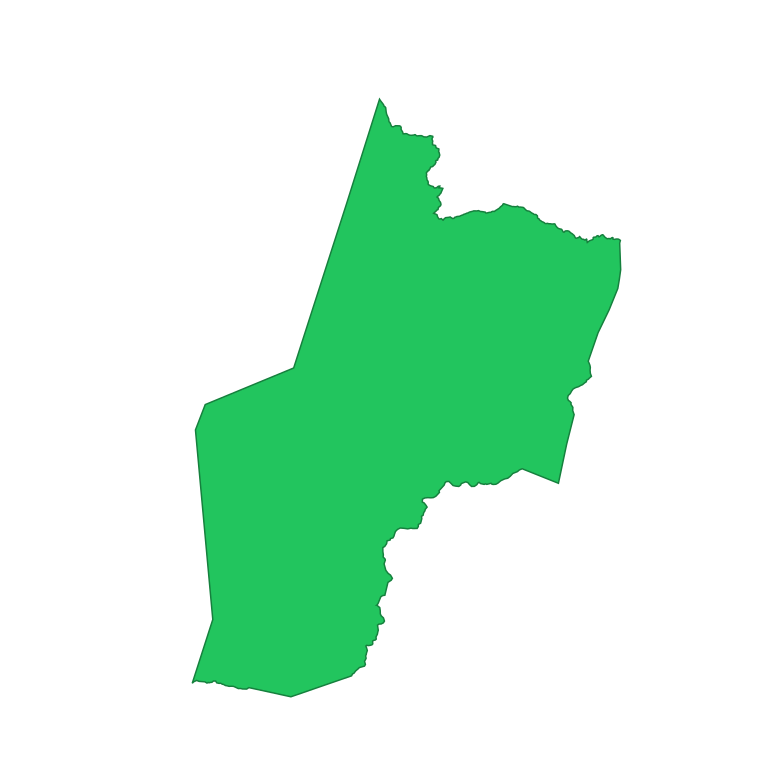 the district of Menyamya District, Morobe, Papua New Guinea, rotated 74°
{"feature_id": "67681753B12937966801252", "entity_name": "Menyamya District", "entity_type": "district", "adm_level": 2, "iso_a3": "PNG", "parent_name": "Papua New Guinea", "parent_adm1": "Morobe", "projection": "orthographic", "projection_center": [146.094, -7.257], "detail": "fine", "context": "isolated", "style": "filled", "palette": "green", "viewbox_px": 768, "rotation_deg": 74, "n_neighbors": 0, "source": "geoboundaries", "source_scale": "gbopen_adm2", "svg_char_len": 6170}
<svg xmlns="http://www.w3.org/2000/svg" viewBox="0 0 768 768"><g transform="rotate(74 384 384)"><path d="M492.0,224.9L465.9,209.7L461.5,209.9L458.5,208.9L455.0,209.9L453.6,209.3L452.0,210.1L450.5,211.3L448.2,211.5L445.8,210.1L444.6,207.7L442.3,205.4L440.9,203.5L440.3,200.9L440.2,197.6L439.6,195.3L439.4,193.4L438.2,190.8L437.6,188.9L436.2,188.3L435.6,185.9L435.3,185.7L433.8,182.5L430.7,182.7L427.5,182.1L425.0,181.1L422.8,180.9L420.5,181.1L418.4,181.4L393.6,164.0L374.7,147.1L356.6,132.9L348.2,128.9L339.4,125.0L313.5,118.6L311.1,117.2L309.5,118.5L308.9,119.8L308.6,120.9L308.6,122.3L308.1,123.6L307.8,124.0L307.1,123.9L306.7,123.6L306.2,124.0L306.2,124.6L306.8,126.5L306.2,127.5L306.0,128.3L305.9,129.5L303.5,131.3L301.5,132.1L300.9,132.5L300.7,133.0L300.9,134.4L301.4,135.3L301.7,136.2L301.7,136.9L300.4,137.4L300.3,138.0L300.4,138.7L301.1,139.8L301.0,140.6L300.7,142.0L301.0,142.6L302.1,142.9L302.6,143.3L302.8,144.4L302.9,146.5L303.2,147.7L304.0,149.6L303.5,149.6L302.9,149.4L301.7,149.6L300.9,149.2L300.5,149.5L301.1,151.1L300.7,151.7L300.1,152.0L299.8,152.5L299.6,153.3L299.3,153.7L297.3,154.9L296.7,155.0L296.2,155.3L296.8,156.4L296.9,157.4L296.8,158.2L296.9,158.8L296.7,159.4L296.1,159.8L293.8,160.2L293.1,160.6L292.2,161.2L291.4,161.7L290.2,162.8L288.7,163.7L288.0,164.2L287.3,165.4L286.9,167.3L287.0,168.0L287.5,168.5L287.7,169.2L287.1,169.9L284.9,170.4L284.2,170.7L283.6,171.8L282.9,173.0L281.8,174.1L279.9,175.0L278.7,175.4L277.5,175.5L277.0,176.1L276.6,178.3L275.8,180.0L275.5,181.0L275.2,181.8L274.7,182.3L274.4,184.3L274.0,185.0L273.1,185.5L272.1,186.5L271.5,187.4L270.1,188.4L269.4,189.1L269.0,189.3L267.9,189.5L267.2,190.4L266.8,190.6L264.6,190.2L263.0,191.2L262.3,193.1L261.2,193.8L260.3,194.9L258.1,196.5L257.7,197.1L257.1,198.4L256.7,199.0L255.7,199.7L252.9,201.2L252.4,202.0L251.8,203.5L251.4,204.4L251.2,205.5L250.5,206.1L249.9,206.6L250.0,207.9L249.8,208.8L249.7,209.4L249.2,210.2L249.0,211.3L248.6,212.1L243.7,219.2L243.9,220.1L244.8,220.7L245.9,223.4L246.7,224.5L247.8,228.1L248.0,229.2L248.6,230.2L248.0,231.7L248.0,232.9L248.4,234.0L248.0,235.5L248.0,237.3L247.8,238.8L247.3,239.2L246.7,239.3L245.3,242.2L244.8,243.7L243.4,245.3L243.2,247.2L242.3,250.0L242.4,250.9L242.3,254.7L242.7,255.8L242.6,257.3L242.9,258.9L242.9,260.7L243.3,261.9L243.2,263.0L243.6,265.1L243.1,267.7L243.3,269.1L243.2,269.9L243.9,270.8L243.9,271.5L244.0,272.2L242.5,273.7L241.7,274.3L241.6,276.0L241.1,278.8L241.2,279.3L242.0,281.0L242.7,281.7L242.8,282.1L242.0,282.6L240.8,283.3L240.8,284.7L240.6,285.4L240.3,285.8L238.1,286.4L235.8,286.4L233.6,289.2L231.7,285.5L231.3,285.1L231.2,284.0L229.2,283.0L228.7,281.5L228.1,280.4L227.0,279.7L224.9,279.6L222.9,280.4L221.0,280.4L220.0,280.7L219.0,281.5L218.4,281.0L218.1,279.7L217.5,278.5L216.8,277.8L216.4,276.9L212.2,273.5L211.7,274.3L211.0,276.1L210.6,277.1L209.9,276.2L209.1,275.8L208.9,277.3L209.5,278.7L209.8,279.5L209.6,281.2L209.2,281.8L207.8,282.2L206.5,284.3L205.5,285.5L204.5,286.3L203.9,286.5L202.7,286.0L201.3,285.8L199.6,286.4L198.5,286.2L197.6,286.0L195.9,286.1L195.1,285.5L194.5,285.3L192.7,285.1L191.9,284.1L191.9,283.6L191.3,283.2L191.1,281.9L190.4,281.6L189.9,280.6L188.8,279.8L188.3,279.3L188.4,278.0L188.3,277.1L187.5,275.8L187.0,274.6L185.1,272.9L183.9,272.9L183.4,272.0L183.6,270.8L183.3,270.5L182.1,270.0L181.2,268.5L179.3,267.3L176.4,267.2L175.9,267.5L174.8,267.1L174.2,266.7L173.1,266.5L171.5,268.7L170.4,268.8L169.0,268.7L168.5,269.4L167.9,270.7L167.3,271.3L166.7,271.3L166.0,270.9L165.2,270.9L164.0,270.2L162.3,270.4L161.0,270.0L160.1,268.9L159.3,268.9L157.9,271.4L158.3,274.2L158.3,275.5L157.8,276.3L157.5,277.5L156.7,278.3L156.0,279.0L155.5,279.8L155.0,281.9L154.7,283.7L154.0,284.6L153.0,285.2L152.8,285.8L152.9,286.8L152.5,289.1L151.9,290.7L150.7,292.2L149.7,293.1L149.2,294.5L149.1,295.7L148.7,296.7L147.0,296.6L143.9,297.4L142.2,296.8L140.9,297.0L140.1,298.0L138.9,301.7L139.3,304.1L138.9,305.3L138.1,305.8L134.5,306.2L133.2,306.9L130.3,306.4L125.4,307.1L122.9,306.9L118.9,306.2L117.6,306.7L117.1,307.3L115.2,307.5L110.9,309.2L109.0,309.8L201.0,370.7L343.7,466.4L354.5,561.5L376.2,577.9L563.2,613.5L618.8,650.8L617.8,649.0L617.3,645.8L618.9,643.7L620.9,638.3L622.7,636.6L622.4,635.3L623.0,634.6L623.0,633.4L623.3,631.6L622.5,629.9L623.1,627.7L625.1,627.2L626.3,625.1L626.6,623.5L628.0,622.2L628.6,621.0L630.1,619.6L630.8,618.1L631.9,616.3L632.4,614.2L633.1,612.1L634.4,610.5L636.6,608.0L637.2,605.7L638.2,604.0L639.4,600.0L638.6,597.6L659.0,559.7L655.6,495.6L654.0,494.2L653.8,492.7L652.0,490.3L650.6,487.2L649.8,485.9L649.8,480.5L648.5,479.2L645.1,479.1L643.9,477.8L642.7,476.8L640.3,476.6L639.1,475.6L637.8,475.0L635.6,473.5L632.9,473.5L630.9,473.7L630.4,472.6L631.1,471.3L631.4,469.4L631.4,467.5L630.7,466.4L628.5,466.0L627.7,465.3L627.6,464.3L627.7,462.9L627.1,461.8L624.9,461.4L622.8,459.4L620.6,458.3L619.2,457.4L614.0,456.7L613.4,455.0L613.9,452.9L613.4,450.4L612.0,448.9L608.7,449.0L606.0,450.6L604.0,450.9L600.8,450.1L597.8,449.7L594.7,451.8L594.6,452.0L594.4,451.4L593.0,449.9L587.7,445.8L587.0,443.6L587.3,441.4L575.8,434.9L574.6,431.1L573.1,429.5L569.5,430.4L567.2,432.2L563.6,433.6L556.9,433.5L553.7,431.3L552.6,431.2L550.0,432.5L548.1,431.7L544.8,431.3L540.9,430.2L540.4,428.1L538.2,425.5L535.5,424.2L535.7,422.4L535.6,421.0L534.4,420.4L534.4,417.8L532.9,416.3L531.7,415.6L529.0,413.7L527.5,411.1L526.9,408.1L528.3,404.4L529.8,401.1L530.0,397.8L530.8,396.3L532.0,392.0L530.5,390.3L528.5,389.7L527.9,387.2L526.3,386.2L523.9,384.8L521.5,384.4L521.0,382.6L518.6,381.3L517.3,379.7L515.9,378.9L514.2,376.5L511.8,377.2L509.4,378.2L508.0,379.7L505.3,378.8L504.8,376.2L505.3,373.2L506.3,370.4L506.8,367.9L506.2,365.1L504.9,362.9L503.5,360.6L501.7,360.5L499.8,357.3L497.8,354.1L495.7,352.5L495.0,351.0L495.6,348.4L498.0,347.0L500.6,345.6L501.9,343.3L503.1,340.3L502.3,338.2L501.0,337.1L500.6,332.4L501.8,330.6L504.3,329.5L506.6,328.1L507.3,325.3L506.4,322.6L504.8,320.6L504.8,319.6L506.3,318.7L508.1,315.4L508.0,313.8L508.8,312.9L508.9,310.6L508.9,308.5L509.9,308.0L510.6,306.9L511.2,304.1L510.7,301.8L509.2,298.5L508.5,294.2L508.7,291.0L507.5,288.1L505.5,284.8L505.0,279.8L503.9,277.5L503.6,274.5L527.5,243.7L492.0,224.9Z" fill="#22c55e" stroke="#15803d" stroke-width="1.5"/></g></svg>